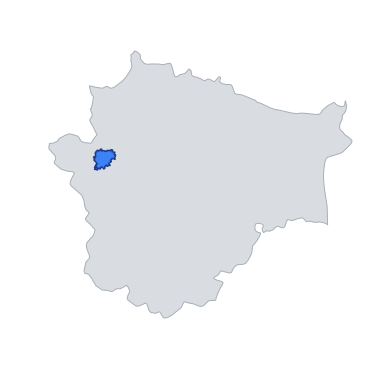 Slawharad, Mogilev, Belarus shown in context, rotated 190°
{"feature_id": "67162791B95045439516357", "entity_name": "Slawharad", "entity_type": "district", "adm_level": 2, "iso_a3": "BLR", "parent_name": "Belarus", "parent_adm1": "Mogilev", "projection": "mercator", "projection_center": [30.947, 53.462], "detail": "fine", "context": "in_parent", "style": "filled", "palette": "blue", "viewbox_px": 384, "rotation_deg": 190, "n_neighbors": 0, "source": "geoboundaries", "source_scale": "gbopen_adm2", "svg_char_len": 7695}
<svg xmlns="http://www.w3.org/2000/svg" viewBox="0 0 384 384"><g transform="rotate(190 192 192)"><path d="M311.3,278.8L305.4,278.4L298.2,278.6L294.3,281.4L289.9,280.0L286.8,281.6L279.8,289.2L277.1,293.3L274.5,299.6L272.9,304.3L273.7,307.6L275.0,310.6L275.3,313.8L276.0,316.4L274.2,318.2L273.2,320.9L270.3,320.4L266.6,317.9L265.9,314.2L263.1,311.6L261.2,310.2L258.2,310.0L253.4,311.2L247.1,312.2L242.3,312.4L239.7,313.7L235.8,315.0L234.3,313.5L232.2,309.3L230.4,305.1L229.2,303.2L228.2,302.7L226.9,302.8L225.4,304.2L224.3,305.5L220.3,307.1L218.6,308.6L216.6,312.5L215.3,312.2L214.0,311.3L212.5,307.0L210.4,306.0L207.0,305.9L202.9,305.0L199.5,303.7L198.3,304.0L196.3,305.9L194.1,306.1L189.4,304.5L188.4,305.3L185.7,310.0L184.4,310.2L183.7,309.6L184.1,305.5L181.3,304.0L176.7,303.8L173.4,304.4L171.8,304.2L171.0,303.4L167.0,296.5L164.9,296.0L161.1,296.4L155.5,295.5L149.0,293.9L145.5,293.4L143.7,291.8L139.7,291.3L129.0,288.3L124.7,287.8L118.2,287.7L108.5,287.1L102.2,287.4L99.3,288.4L96.0,289.0L84.4,289.8L80.2,290.6L79.0,292.1L77.7,295.3L72.9,300.9L68.2,304.6L67.4,304.9L64.7,302.9L62.4,302.3L59.8,302.0L57.9,302.7L56.7,303.6L56.9,307.9L56.6,308.2L54.5,303.2L54.7,298.6L55.8,295.9L57.2,293.6L56.7,290.0L58.0,285.3L58.1,281.9L57.5,280.4L56.4,278.7L53.3,276.8L52.0,275.3L47.9,273.3L43.8,270.9L43.2,269.3L43.4,268.3L44.1,266.7L47.2,262.1L50.5,257.6L52.7,255.8L64.1,250.0L65.8,248.0L66.3,244.5L66.1,237.6L65.4,231.2L64.5,226.8L62.3,218.5L56.4,201.3L52.8,183.3L55.1,184.4L60.6,184.8L64.9,183.6L67.2,183.4L69.2,183.8L74.9,182.8L76.3,184.4L78.8,185.8L83.9,183.8L88.3,181.2L92.9,181.5L93.6,180.2L94.7,173.8L96.1,172.4L101.6,173.1L103.6,171.9L105.7,168.7L109.0,166.8L111.7,166.8L114.5,164.5L115.9,166.0L116.6,168.7L115.7,170.8L116.1,171.7L118.0,172.7L121.4,172.7L123.5,171.8L124.0,170.6L124.0,168.4L123.5,166.3L122.1,164.5L119.4,163.6L117.5,163.6L117.2,162.5L117.9,160.0L119.5,155.6L121.5,151.5L122.8,150.0L123.0,148.6L122.7,146.1L122.7,141.7L124.5,135.4L127.0,130.8L130.2,129.3L134.3,128.4L136.8,126.2L138.1,123.6L139.2,119.6L140.5,118.8L150.1,119.3L151.6,115.2L152.4,114.1L154.3,112.9L155.6,111.5L155.1,110.4L152.6,109.6L146.8,109.0L145.6,107.7L146.0,106.0L147.6,101.9L149.0,96.4L149.8,92.2L149.9,89.7L150.7,89.1L155.4,88.3L157.0,87.4L161.1,81.7L164.2,80.7L172.2,82.2L175.9,82.1L180.6,82.5L181.0,81.9L182.6,76.2L190.6,67.0L194.8,63.8L197.5,63.1L198.4,63.3L202.7,68.1L203.7,68.3L206.5,66.3L211.4,66.1L213.7,67.8L216.9,73.8L218.6,74.5L223.4,71.1L226.0,70.0L227.7,70.1L236.7,74.7L237.4,76.2L237.4,77.9L236.0,83.3L237.9,86.6L240.1,88.8L244.7,85.1L246.4,84.1L248.2,84.0L250.7,82.7L252.5,80.6L254.3,79.9L257.6,80.4L263.5,79.9L270.5,83.1L271.1,84.1L274.5,87.9L275.8,89.8L276.9,90.4L278.8,92.3L281.2,93.4L283.0,93.1L283.8,93.7L284.5,95.1L284.6,97.6L284.3,104.6L281.9,108.3L281.5,109.6L281.7,111.2L283.6,114.2L286.2,118.9L286.8,121.6L286.8,123.6L283.3,129.6L282.1,131.0L281.3,133.9L280.9,136.9L281.2,138.2L287.0,142.9L291.2,145.4L292.2,146.7L292.3,147.5L290.0,152.5L289.8,153.9L293.2,156.0L295.1,159.2L296.8,164.6L300.0,169.7L312.2,177.2L313.2,178.5L313.6,180.1L313.2,183.6L311.0,190.2L313.1,191.2L318.4,190.9L324.9,191.7L332.7,196.4L332.7,198.5L331.9,200.4L332.5,202.4L333.3,204.1L340.1,209.3L340.7,210.8L340.8,213.3L340.7,215.1L338.8,215.5L336.7,216.4L333.3,218.6L332.0,221.7L326.5,226.0L323.1,227.9L320.4,228.0L314.0,227.1L311.7,225.0L310.8,223.1L308.3,222.2L305.0,222.1L300.5,222.4L299.6,223.0L298.8,225.4L296.9,229.5L295.5,231.8L301.3,239.8L304.2,243.1L305.1,245.1L305.0,246.5L303.7,248.2L303.9,251.6L306.7,256.1L305.7,256.8L305.4,262.2L305.5,268.0L306.2,269.4L307.7,270.6L309.0,272.7L311.1,277.5L311.3,278.8Z" fill="#d9dde1" stroke="#a8b0b8" stroke-width="1"/><path d="M274.4,215.6L274.7,215.3L275.1,215.5L275.2,215.9L275.2,216.3L275.1,216.7L274.9,217.2L275.0,217.7L275.5,217.7L276.6,217.7L277.5,217.8L277.5,218.4L277.4,218.9L277.4,219.2L277.6,219.4L277.9,219.7L278.1,219.7L278.4,219.7L278.6,219.6L279.0,219.5L279.2,219.3L279.1,219.0L279.1,218.7L279.3,218.5L279.9,218.6L280.3,218.7L280.9,218.6L281.2,218.3L281.4,218.2L281.7,218.2L282.3,218.2L282.9,218.2L283.1,217.9L283.2,217.6L283.2,217.3L283.6,217.2L284.1,217.2L284.5,216.9L284.8,216.9L285.1,217.3L285.4,217.4L285.9,217.4L286.8,217.3L287.2,217.2L287.5,217.0L287.8,216.8L288.0,216.8L288.4,216.8L288.5,217.0L288.5,217.3L288.4,217.7L288.3,218.1L288.3,218.3L288.7,218.3L289.2,218.4L289.4,218.3L289.6,218.0L289.6,217.7L289.6,217.4L289.7,217.2L289.9,217.1L290.1,217.1L290.4,217.0L290.5,216.9L290.6,216.7L290.8,216.4L291.0,216.2L291.2,216.3L291.3,216.3L291.5,216.5L291.8,216.7L292.0,216.7L292.3,216.7L292.5,216.6L292.7,216.3L292.7,216.0L292.8,215.9L293.0,215.7L293.3,215.5L293.3,215.3L293.3,215.1L293.1,215.0L293.1,214.9L293.4,214.6L293.5,214.6L293.8,214.5L293.9,214.3L294.0,214.2L293.9,213.8L293.8,213.6L293.8,213.3L293.9,213.0L293.8,212.7L293.6,212.6L293.4,212.3L293.4,212.1L293.4,211.9L293.4,211.7L293.5,211.5L293.5,211.2L293.4,211.0L293.3,210.7L293.2,210.5L293.1,210.4L293.0,210.1L293.1,209.9L293.3,209.8L293.6,209.8L293.9,209.8L294.3,209.7L294.5,209.7L294.8,209.4L294.9,209.1L294.9,208.9L294.9,208.7L294.7,208.6L294.4,208.6L294.0,208.7L293.9,208.7L293.6,208.3L293.6,208.1L293.6,207.9L293.6,207.7L293.7,207.3L293.8,207.2L294.0,206.9L294.0,206.7L294.0,206.3L293.9,206.2L293.7,206.1L293.4,205.9L293.1,205.8L292.8,205.6L292.5,205.4L292.3,205.1L291.9,204.9L291.6,204.6L291.4,204.3L291.2,204.0L291.0,203.8L290.9,203.7L290.5,203.6L290.2,203.4L290.4,203.2L290.6,203.0L290.7,202.8L290.8,202.6L290.9,202.3L291.0,202.2L291.4,202.0L291.6,201.9L291.6,201.6L291.4,201.4L291.2,201.3L290.9,201.1L290.8,200.9L290.8,200.7L290.7,200.5L290.7,200.3L290.6,200.0L290.5,199.7L290.5,199.3L290.7,199.1L290.9,199.0L291.1,199.0L291.3,199.2L291.4,199.4L291.4,199.6L291.5,199.9L291.6,200.1L291.9,200.2L292.1,200.0L292.2,199.8L292.2,199.6L292.2,199.4L291.8,199.2L291.6,199.1L291.6,198.9L291.7,198.7L291.7,198.4L291.7,198.2L291.7,197.6L291.8,197.5L291.8,197.4L291.6,197.4L291.3,197.4L291.1,197.4L290.8,197.5L290.7,197.6L290.2,197.6L289.8,197.4L289.6,197.3L289.4,197.3L289.2,197.4L288.9,197.4L288.8,197.5L288.7,197.7L288.7,197.9L288.8,198.2L288.8,198.4L288.9,198.6L289.0,198.8L289.1,199.0L288.8,199.2L288.4,199.2L288.0,199.2L287.8,199.2L287.5,199.1L287.3,199.1L287.2,199.0L287.0,198.9L286.8,198.7L286.5,198.7L286.3,198.8L286.2,198.9L286.2,199.1L286.4,199.3L286.5,199.4L286.5,199.6L286.5,199.8L286.4,199.9L286.2,200.0L285.8,200.3L285.7,200.5L285.5,200.8L285.4,200.9L285.2,201.1L284.8,200.9L284.6,200.7L284.4,200.6L284.2,200.4L283.9,200.3L283.8,200.2L283.6,200.0L283.4,199.8L283.2,199.6L282.9,199.5L282.7,199.6L282.4,199.7L282.3,199.8L282.1,200.0L282.0,200.3L282.0,200.6L282.1,200.9L282.2,201.2L282.3,201.5L282.2,202.0L281.8,202.3L281.7,202.5L281.6,202.9L281.6,203.1L281.5,203.3L281.4,203.4L281.2,203.5L280.9,203.6L280.6,203.5L280.5,203.3L280.4,203.1L280.3,202.9L280.2,202.7L279.9,202.6L279.5,203.0L279.4,203.2L279.0,203.4L278.6,203.5L278.3,203.7L278.0,203.8L277.8,203.9L277.5,203.9L277.5,204.0L277.4,204.1L277.4,204.3L277.8,204.4L278.0,204.5L278.3,204.7L278.4,204.9L278.4,205.1L278.6,205.3L278.7,205.5L278.8,205.7L278.8,206.0L278.6,206.3L278.3,206.5L277.6,207.1L277.0,207.6L276.9,207.7L276.8,207.8L276.8,208.0L277.0,208.2L277.1,208.3L277.4,208.5L277.6,208.6L277.7,208.8L277.6,209.0L277.5,209.3L277.3,209.4L277.2,209.5L277.1,209.8L277.0,210.0L277.0,210.4L276.7,210.6L276.5,211.0L276.5,211.3L276.3,211.4L276.2,211.4L275.8,211.2L275.7,211.0L275.3,211.1L275.1,211.1L274.8,211.1L274.4,211.1L274.2,211.0L273.9,210.8L273.7,210.7L273.5,210.8L273.5,211.1L273.7,211.4L273.9,211.9L274.0,212.1L274.1,212.4L274.1,212.7L274.0,213.1L273.8,213.2L273.7,213.6L273.8,214.2L273.7,215.0L273.8,215.2L273.9,215.4L274.2,215.6L274.3,215.6L274.4,215.6Z" fill="#3b82f6" stroke="#1e3a8a" stroke-width="1.5"/></g></svg>